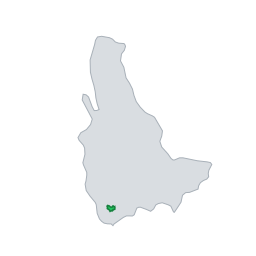 location of Las Matas de Santa Cruz, Monte Cristi, Dominican Republic, rotated 247°
{"feature_id": "3306468B23054065948148", "entity_name": "Las Matas de Santa Cruz", "entity_type": "district", "adm_level": 2, "iso_a3": "DOM", "parent_name": "Dominican Republic", "parent_adm1": "Monte Cristi", "projection": "orthographic", "projection_center": [-71.454, 19.622], "detail": "fine", "context": "in_parent", "style": "filled", "palette": "green", "viewbox_px": 256, "rotation_deg": 247, "n_neighbors": 0, "source": "geoboundaries", "source_scale": "gbopen_adm2", "svg_char_len": 2598}
<svg xmlns="http://www.w3.org/2000/svg" viewBox="0 0 256 256"><g transform="rotate(247 128 128)"><path d="M44.4,168.6L44.7,159.5L46.0,155.8L44.8,151.9L39.0,147.8L35.4,142.5L32.3,137.7L33.0,137.1L39.3,136.9L41.5,135.1L45.8,130.3L46.6,126.4L46.3,123.5L43.5,120.0L42.5,116.3L45.9,113.1L50.3,108.4L50.9,106.6L50.8,104.8L45.7,99.8L45.3,97.7L47.7,92.3L47.5,88.7L45.1,77.6L44.0,76.0L46.3,75.0L47.8,71.7L49.8,68.8L52.5,67.2L55.5,66.2L61.5,66.3L69.8,68.8L72.2,68.8L80.2,66.4L86.8,65.1L93.1,66.6L95.6,68.6L100.8,71.7L103.3,72.7L111.5,72.6L113.7,72.9L120.6,78.1L126.4,80.2L129.7,80.2L135.7,78.2L138.7,78.2L142.1,82.7L142.8,89.1L145.8,94.9L150.2,98.6L171.7,96.8L176.6,99.9L174.9,102.4L171.9,103.8L161.7,103.3L157.2,103.7L156.3,106.2L156.3,108.6L162.3,109.1L168.2,110.2L174.2,112.0L180.4,113.2L187.2,114.0L194.0,115.2L205.4,119.7L218.0,130.0L221.4,132.3L223.7,135.5L222.7,139.6L218.3,146.3L215.8,148.5L212.2,149.9L209.7,152.6L207.3,157.3L205.8,157.7L204.1,157.6L201.0,155.0L198.8,151.0L192.7,147.3L185.5,147.9L174.9,145.8L168.5,146.9L162.1,147.3L155.6,146.2L149.0,145.9L142.4,147.4L136.1,149.8L133.7,151.4L129.6,155.2L127.5,156.6L111.9,158.6L107.4,155.9L103.3,152.1L97.3,151.6L88.6,154.6L83.2,155.7L81.0,156.9L80.4,158.4L80.4,163.7L79.1,166.9L70.7,179.1L65.9,187.6L64.0,190.3L61.7,190.9L57.5,185.9L54.8,184.1L51.6,183.2L50.2,180.6L50.2,176.9L49.4,173.3L47.3,170.5L44.4,168.6Z" fill="#d9dde1" stroke="#a8b0b8" stroke-width="1"/><path d="M58.3,83.9L58.5,83.9L58.7,84.0L58.8,84.0L59.0,84.4L59.1,84.5L59.4,84.7L59.6,84.8L59.8,84.9L60.1,84.8L60.3,84.8L60.5,84.8L60.8,85.0L60.8,84.7L61.0,84.4L61.4,84.3L61.5,84.3L61.7,84.2L62.0,84.0L62.1,83.9L62.2,83.7L62.1,83.4L61.9,83.4L61.9,83.2L61.7,83.1L61.4,83.0L61.3,82.9L61.4,82.6L61.5,82.5L61.5,82.3L61.6,82.2L61.6,81.6L61.6,81.4L61.8,81.3L61.9,81.2L62.0,81.1L62.3,80.9L62.5,80.7L62.8,80.6L63.0,80.6L63.3,80.4L63.5,80.3L63.9,80.1L64.0,80.0L64.1,79.9L64.2,79.7L64.2,79.4L64.2,79.2L64.1,78.9L64.1,78.6L64.3,78.7L64.5,78.7L64.4,78.5L64.4,78.3L64.3,78.2L64.2,78.1L63.9,78.1L63.8,78.3L63.9,78.5L63.7,78.6L63.4,78.4L63.2,78.4L62.9,78.2L62.7,77.9L62.5,77.7L62.2,77.5L61.7,77.5L61.4,77.7L61.4,77.9L61.4,78.0L61.2,78.1L60.8,78.2L60.7,78.3L60.4,78.5L60.1,78.7L59.9,78.8L59.7,78.9L59.3,79.0L59.2,79.0L59.1,78.9L59.0,78.7L58.9,78.7L58.8,78.8L58.5,79.0L58.4,79.0L58.5,79.2L58.5,79.3L58.5,79.5L58.3,79.7L58.2,79.8L58.2,80.0L58.2,80.3L58.3,80.5L58.3,80.8L58.3,81.0L58.2,81.1L57.9,81.2L57.8,81.3L57.9,81.5L58.0,81.5L58.2,81.8L58.2,82.0L58.3,82.0L58.5,82.0L58.8,82.4L58.8,82.5L58.7,82.8L58.6,83.0L58.5,83.3L58.4,83.5L58.3,83.9Z" fill="#22c55e" stroke="#15803d" stroke-width="1.5"/></g></svg>